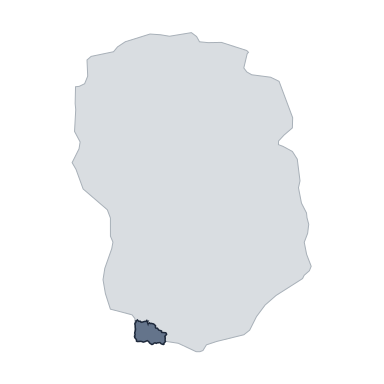 Novo Selo, Novo Selo, North Macedonia (highlighted), rotated 95°
{"feature_id": "65306769B50594974244279", "entity_name": "Novo Selo", "entity_type": "district", "adm_level": 2, "iso_a3": "MKD", "parent_name": "North Macedonia", "parent_adm1": "Novo Selo", "projection": "mercator", "projection_center": [22.902, 41.433], "detail": "fine", "context": "in_parent", "style": "filled", "palette": "slate", "viewbox_px": 384, "rotation_deg": 95, "n_neighbors": 0, "source": "geoboundaries", "source_scale": "gbopen_adm2", "svg_char_len": 2623}
<svg xmlns="http://www.w3.org/2000/svg" viewBox="0 0 384 384"><g transform="rotate(95 192 192)"><path d="M171.6,85.4L178.5,86.3L193.5,82.0L202.9,76.1L207.6,75.2L214.0,72.9L223.1,73.2L232.3,75.8L244.1,72.4L255.6,66.8L260.2,68.2L265.2,73.0L268.6,74.3L287.7,99.2L298.2,109.3L310.5,116.9L324.6,122.5L329.7,127.9L338.7,154.3L343.0,164.3L349.0,167.3L350.4,170.2L350.7,174.0L343.9,192.5L341.2,233.8L339.5,237.1L332.5,236.9L323.1,237.8L319.6,241.0L315.8,263.1L300.8,269.4L287.1,273.0L275.6,272.2L255.4,267.0L248.8,266.4L243.1,269.4L225.0,271.0L217.1,274.8L198.5,300.7L179.6,309.5L173.2,314.0L158.8,308.3L151.9,307.8L141.9,314.3L120.1,315.0L114.2,316.1L97.3,317.2L96.6,313.6L93.5,308.4L85.7,306.0L69.6,308.1L65.7,304.3L59.1,282.4L53.9,278.8L48.1,271.5L38.3,247.6L38.1,237.1L38.8,228.0L33.3,206.5L36.7,201.0L41.7,197.6L41.8,188.9L40.4,175.7L46.3,149.8L47.9,147.9L49.5,149.1L63.9,151.2L67.6,147.9L70.0,142.8L70.8,123.7L74.2,114.9L109.2,98.2L119.4,97.6L127.3,105.3L133.6,110.2L137.3,110.0L138.7,105.1L142.9,95.5L150.1,90.0L171.4,85.4L171.6,85.4Z" fill="#d9dde1" stroke="#a8b0b8" stroke-width="1"/><path d="M334.5,206.1L334.5,209.9L333.8,210.3L333.2,210.2L332.9,210.7L332.5,213.0L330.7,214.6L330.8,216.0L330.2,216.6L328.3,216.7L326.8,218.7L326.4,221.2L326.7,221.6L326.1,223.0L326.7,223.4L326.7,224.2L327.3,224.3L325.4,225.2L324.6,224.7L324.7,225.6L324.0,225.9L324.9,226.6L325.1,228.1L326.2,230.7L325.9,231.1L326.0,231.7L325.2,232.4L325.5,233.8L324.2,235.3L325.0,235.9L325.4,236.7L325.8,236.4L327.2,236.8L327.3,237.0L327.5,237.2L327.9,237.4L328.0,237.4L328.6,237.4L329.2,237.1L330.1,236.9L331.1,236.8L331.9,236.7L332.8,236.5L333.0,236.4L333.9,236.3L335.3,236.4L335.8,236.4L336.3,236.5L336.7,236.7L337.1,236.8L337.7,236.7L338.0,236.6L338.6,236.3L338.9,236.3L339.2,236.2L339.5,236.3L339.8,236.4L340.3,236.6L340.6,236.7L341.0,236.7L341.1,236.3L341.6,236.3L341.9,236.4L342.1,236.3L342.3,236.1L342.7,235.7L343.3,235.1L344.1,234.4L345.3,234.4L345.5,234.1L345.7,233.6L345.6,232.3L345.5,231.8L345.4,230.8L345.2,230.0L345.4,228.8L345.5,228.2L345.8,227.7L345.7,227.1L345.2,225.9L344.7,224.8L344.4,224.5L344.0,223.6L344.5,222.7L344.8,222.3L345.2,221.7L345.4,221.5L345.8,221.4L346.5,220.5L346.8,219.8L347.2,219.2L347.4,218.8L347.2,218.0L347.1,217.8L346.7,217.4L345.8,216.5L345.5,215.8L345.5,215.3L345.8,214.9L345.9,214.3L345.5,213.7L345.2,213.2L345.1,212.2L345.0,211.7L344.8,211.1L344.8,210.8L345.1,210.3L345.7,209.8L346.2,208.5L346.4,207.5L346.4,207.2L346.0,206.7L345.5,207.0L343.2,205.4L342.1,205.9L339.8,205.9L339.6,206.2L338.7,206.1L338.1,206.5L336.1,204.9L335.0,205.3L334.5,206.1Z" fill="#64748b" stroke="#1e293b" stroke-width="1.5"/></g></svg>